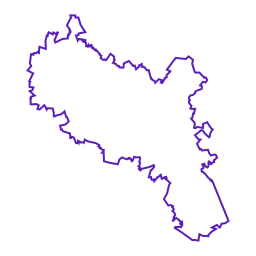 outline of Mangaung, Free State, South Africa
{"feature_id": "47623444B22599792684232", "entity_name": "Mangaung", "entity_type": "district", "adm_level": 2, "iso_a3": "ZAF", "parent_name": "South Africa", "parent_adm1": "Free State", "projection": "albers", "projection_center": [26.542, -29.381], "detail": "fine", "context": "isolated", "style": "outline", "palette": "violet", "viewbox_px": 256, "rotation_deg": 0, "n_neighbors": 0, "source": "geoboundaries", "source_scale": "gbopen_adm2", "svg_char_len": 5716}
<svg xmlns="http://www.w3.org/2000/svg" viewBox="0 0 256 256"><path d="M30.9,55.0L29.9,63.4L31.2,66.0L27.5,70.4L33.1,73.4L29.2,81.3L30.3,81.9L29.5,83.8L29.4,85.2L29.6,87.0L33.4,87.4L32.4,90.1L29.7,91.2L34.7,95.5L31.0,96.7L30.4,98.4L30.6,98.8L31.0,98.6L30.9,99.1L30.6,99.3L30.7,104.3L33.2,104.3L36.2,104.0L38.7,105.3L37.5,109.0L39.6,109.5L44.2,105.2L44.7,105.7L46.7,109.5L47.2,108.2L52.8,108.5L53.9,113.4L53.7,115.5L54.1,116.5L57.9,115.0L61.0,114.4L62.6,113.0L62.8,113.1L64.5,111.4L66.2,117.1L67.1,117.2L68.7,121.5L65.4,124.5L60.1,125.6L61.0,129.6L61.9,129.4L62.9,131.2L70.0,133.5L70.3,137.9L70.7,137.7L70.9,137.9L71.1,137.9L71.1,136.7L73.7,137.4L76.1,143.2L77.9,142.7L78.2,143.0L78.0,140.8L80.0,141.7L80.1,142.5L83.2,142.3L83.8,142.8L84.8,139.6L87.6,141.3L95.8,143.1L99.3,145.2L98.4,146.5L100.5,147.6L100.0,148.3L102.6,149.7L103.8,150.1L102.3,152.5L103.6,152.1L104.0,161.3L111.0,163.1L111.4,163.0L114.0,163.8L114.6,163.5L117.8,164.3L119.5,159.3L122.1,157.4L126.7,159.3L128.7,158.7L128.6,158.0L129.4,157.9L129.5,158.7L130.8,158.7L131.7,161.2L132.8,160.4L134.2,156.8L136.1,157.4L139.7,157.2L140.2,158.1L139.3,161.8L140.0,162.5L139.5,165.8L138.5,166.3L140.1,167.9L138.9,168.9L138.9,169.1L140.5,170.4L141.1,169.0L149.8,166.9L153.6,165.1L154.3,166.2L153.5,167.8L151.1,170.4L150.7,170.3L148.8,177.3L151.1,177.1L151.3,179.2L151.9,179.4L152.1,179.9L154.0,179.4L154.3,181.2L157.3,177.6L157.3,177.3L160.3,175.6L160.4,174.8L160.8,174.7L161.7,178.8L162.1,178.9L163.4,177.9L164.3,178.0L164.7,178.3L164.6,177.8L164.8,177.4L164.7,177.2L166.2,176.9L166.8,179.8L170.3,183.1L169.9,183.5L169.0,185.3L167.1,193.4L164.0,199.0L164.3,199.6L168.3,205.5L170.8,205.1L173.1,206.2L172.9,206.8L172.3,207.3L173.7,208.8L173.4,210.2L172.4,210.9L174.6,213.1L175.2,214.9L173.8,216.9L173.9,217.3L173.7,218.0L173.9,218.3L173.7,218.7L173.5,218.8L173.6,219.7L173.3,220.0L173.3,220.3L172.9,220.6L173.1,220.8L176.1,217.9L179.2,220.1L179.1,220.6L181.0,221.7L182.1,221.6L182.1,222.4L181.7,222.8L180.8,223.0L180.1,223.6L180.5,224.3L181.4,224.2L182.0,223.6L182.3,223.9L182.3,224.9L181.1,227.0L180.8,227.1L180.7,226.9L180.2,227.0L179.2,226.8L178.7,227.0L177.7,226.8L176.2,227.2L175.5,226.9L175.2,227.0L175.2,227.6L174.9,228.0L180.0,231.2L192.4,240.1L194.7,239.9L198.4,240.6L199.4,234.2L202.6,235.9L208.4,236.2L208.3,235.1L211.6,231.7L215.9,229.1L211.9,227.6L217.0,224.9L219.3,227.4L219.9,227.5L221.2,224.7L221.4,223.8L225.2,223.2L228.5,220.9L212.7,181.8L210.9,180.7L211.6,180.2L208.4,178.0L205.0,173.6L203.6,172.7L203.1,171.9L202.4,172.0L202.4,171.6L201.7,171.3L201.6,171.0L201.6,170.4L201.4,169.2L202.2,168.6L203.3,168.2L203.6,167.7L203.2,166.1L202.2,164.7L202.3,164.3L203.6,164.2L204.4,163.8L204.8,165.1L205.6,166.3L206.4,167.0L207.5,167.5L207.8,167.2L208.7,164.8L208.4,163.5L208.8,162.7L208.5,161.6L208.7,161.4L209.1,161.4L210.0,162.1L210.2,162.6L210.4,163.6L210.8,164.0L211.2,164.1L211.8,163.1L212.5,162.5L214.1,162.2L213.8,160.3L215.2,159.5L215.9,158.3L217.0,157.9L216.4,155.5L214.8,154.5L210.8,155.5L209.1,153.0L208.0,149.8L202.0,150.5L200.9,148.9L199.8,149.3L197.0,143.8L200.4,139.6L198.7,139.4L196.9,137.6L195.0,135.2L201.4,130.1L202.9,130.6L204.8,133.4L209.0,137.3L210.0,136.0L209.9,135.1L210.3,133.4L211.0,131.9L212.7,129.4L211.5,128.7L209.3,125.7L207.2,122.2L203.1,124.0L203.0,127.9L196.9,126.9L195.7,128.2L194.0,127.7L194.8,124.2L194.6,122.7L191.1,118.6L192.3,117.8L193.1,113.6L193.9,113.8L195.1,108.8L191.9,108.9L190.4,108.6L191.4,105.8L189.0,103.0L188.8,101.3L189.6,101.0L189.9,100.0L189.2,99.2L188.8,97.8L189.0,97.2L190.6,95.4L192.7,95.1L195.2,93.1L195.1,91.9L196.6,90.8L201.7,88.9L202.0,86.5L200.1,85.4L202.9,81.8L205.7,82.4L207.1,80.1L206.2,77.9L205.6,77.5L204.2,77.8L203.6,76.6L202.3,75.9L199.5,72.6L195.1,72.5L194.1,70.1L192.2,63.7L193.0,59.9L188.6,56.4L185.8,59.0L175.7,57.9L166.9,69.6L167.4,70.0L170.2,71.2L170.4,71.5L166.6,75.0L166.7,77.3L165.5,77.6L164.7,78.1L165.0,78.6L163.4,80.5L163.5,81.2L162.7,81.7L162.1,83.0L160.8,82.5L161.9,80.2L158.8,79.2L155.2,82.8L154.4,80.9L152.0,79.6L151.3,78.1L150.9,78.3L148.6,70.0L146.9,70.3L144.6,67.4L144.1,67.3L143.5,66.6L142.9,66.9L141.6,66.8L141.8,64.1L139.2,65.3L139.1,66.4L136.1,69.3L135.1,66.5L134.7,66.3L134.7,65.8L134.2,66.0L133.9,65.8L133.5,65.9L133.0,65.3L132.6,65.4L132.6,65.0L132.3,64.9L129.0,61.0L123.9,63.4L123.4,67.7L119.7,67.4L119.5,66.9L119.1,67.0L118.8,66.7L118.9,66.2L118.8,65.9L117.0,65.6L116.1,64.2L114.7,63.3L114.1,63.5L113.5,63.0L113.0,62.9L114.6,60.1L114.1,60.0L114.1,56.6L110.5,53.8L106.2,60.1L105.4,60.1L104.7,59.4L103.6,59.9L103.1,59.9L100.7,58.1L100.6,57.7L101.4,55.9L100.9,55.8L100.3,55.0L99.6,54.7L99.6,54.4L99.8,54.0L99.0,53.5L98.6,52.7L97.0,50.8L96.4,51.0L95.9,50.8L95.6,50.4L95.7,49.4L95.3,49.3L94.5,49.6L93.2,48.8L93.3,47.9L92.2,47.9L92.1,47.7L92.5,47.3L92.5,47.0L91.5,46.6L91.1,46.2L91.6,45.4L91.5,44.9L91.3,44.9L90.6,45.4L90.4,46.1L90.1,46.4L89.3,46.5L89.2,45.8L88.8,45.1L88.5,46.5L87.6,46.7L87.3,46.4L87.3,45.7L87.0,45.3L86.7,45.3L86.6,45.8L86.2,46.0L86.2,44.4L85.9,43.4L85.9,42.7L85.1,42.1L84.2,42.0L85.4,40.8L85.3,40.0L84.9,39.8L84.6,40.0L84.0,39.9L83.2,40.6L82.5,40.8L82.3,40.5L82.5,40.0L82.1,39.2L80.2,39.4L79.7,39.4L79.6,39.1L78.8,38.9L78.1,39.2L78.1,39.8L77.7,40.5L77.0,38.2L75.9,35.6L78.5,34.9L78.7,33.4L85.3,32.2L80.6,24.9L78.4,17.5L75.5,17.6L75.3,15.4L70.3,15.4L71.0,17.8L70.8,17.8L66.9,25.3L69.6,29.2L69.4,29.3L70.4,31.1L70.5,31.6L69.7,31.5L69.8,33.0L69.4,32.9L69.2,34.2L68.7,34.1L68.5,35.2L67.8,35.3L67.9,35.8L67.9,38.4L62.4,39.0L55.3,42.5L54.5,40.0L57.9,32.6L57.4,32.3L55.8,34.0L53.3,32.5L52.7,34.4L48.8,32.3L48.2,33.3L47.6,36.0L46.8,35.6L45.5,40.9L45.8,48.9L39.4,46.8L38.9,53.0L38.5,52.8L38.0,52.0L37.6,51.9L36.2,53.1L34.1,53.1L33.5,54.6L32.4,53.9L32.0,53.8L31.6,54.1L31.7,54.9L31.3,55.2L30.9,55.0Z" fill="none" stroke="#5b21b6" stroke-width="2"/></svg>